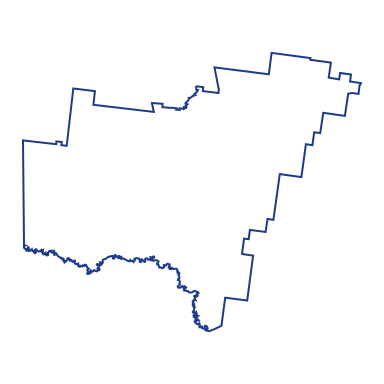 the district of Wentworth, New South Wales, Australia
{"feature_id": "25037944B48452017149194", "entity_name": "Wentworth", "entity_type": "district", "adm_level": 2, "iso_a3": "AUS", "parent_name": "Australia", "parent_adm1": "New South Wales", "projection": "orthographic", "projection_center": [141.921, -33.671], "detail": "fine", "context": "isolated", "style": "outline", "palette": "blue", "viewbox_px": 384, "rotation_deg": 0, "n_neighbors": 0, "source": "geoboundaries", "source_scale": "gbopen_adm2", "svg_char_len": 5913}
<svg xmlns="http://www.w3.org/2000/svg" viewBox="0 0 384 384"><path d="M344.9,115.9L348.2,93.7L352.1,93.0L358.5,93.9L359.6,85.3L360.8,83.8L361.0,83.1L350.0,81.5L351.0,74.5L340.1,73.0L339.2,79.4L328.7,77.6L330.9,62.6L310.3,59.8L310.5,58.1L271.6,52.9L268.8,74.3L214.5,67.4L218.7,89.1L218.9,89.2L218.4,93.0L202.8,91.1L203.3,87.2L196.7,86.3L196.1,86.7L196.5,87.2L196.2,87.5L196.4,88.7L196.2,89.7L197.2,89.9L197.2,90.5L197.8,90.3L197.5,91.1L196.4,92.6L195.4,93.0L195.0,94.1L195.3,94.6L194.3,94.4L194.3,95.5L193.5,95.4L193.2,95.9L192.5,96.0L192.0,96.7L190.3,97.8L188.7,97.9L188.8,99.0L188.4,100.4L185.4,103.1L185.6,103.6L187.2,104.2L186.4,104.6L186.5,105.7L185.8,105.4L185.8,106.2L185.3,106.5L186.3,106.8L186.1,107.9L184.4,107.8L183.7,107.3L183.6,107.6L184.4,108.6L183.8,109.0L183.3,108.3L183.0,108.8L179.9,108.3L179.7,110.0L177.0,109.7L177.7,109.3L177.4,108.4L171.5,107.7L170.9,107.9L162.4,107.2L162.6,103.8L151.9,103.0L153.8,111.9L93.4,104.8L94.9,91.1L73.3,88.5L66.7,145.8L61.4,145.2L61.7,142.0L56.4,141.4L56.1,144.2L23.0,140.4L24.0,245.2L25.2,245.5L24.2,245.9L23.9,247.7L24.9,248.6L25.8,248.9L26.0,250.2L26.8,250.8L27.2,250.4L26.7,249.5L27.7,248.8L27.7,247.4L28.2,247.2L29.2,248.3L28.6,249.5L29.0,251.0L29.9,251.0L30.3,250.4L31.4,250.0L31.9,249.3L32.3,250.7L32.7,251.2L34.4,251.1L34.5,251.5L34.1,252.4L34.9,253.3L35.6,253.0L35.9,252.3L35.7,250.8L34.6,250.3L35.5,249.3L36.4,249.4L37.1,250.9L38.8,251.5L39.8,251.2L40.9,250.3L40.9,251.0L41.6,251.2L41.9,250.2L42.9,249.9L42.6,250.6L42.9,251.3L41.7,251.9L42.0,252.2L42.9,252.0L43.0,254.0L43.6,254.4L44.5,254.2L45.2,252.9L45.6,252.7L45.6,253.9L46.1,254.9L46.9,255.5L48.0,255.1L48.0,254.3L47.2,253.6L47.8,253.4L47.9,252.8L48.7,252.5L49.0,251.5L49.5,250.9L50.1,250.8L50.7,251.5L51.5,250.9L51.5,252.0L52.3,252.7L53.3,252.2L53.5,251.2L54.0,250.8L54.7,252.6L54.0,253.9L54.1,254.7L54.7,254.9L55.3,253.5L56.2,253.3L57.4,255.4L59.3,257.2L61.1,257.7L61.1,258.4L61.4,258.7L63.5,258.5L63.6,259.1L63.0,260.4L63.4,260.7L64.2,260.4L64.6,260.7L64.2,261.6L64.5,262.5L65.3,262.0L65.5,261.2L67.1,260.3L67.4,258.4L68.7,258.2L69.2,258.5L69.4,259.8L69.9,260.7L70.3,260.6L70.0,259.6L71.5,259.9L72.4,261.8L72.9,261.7L74.3,260.7L74.9,260.7L75.1,261.4L74.6,262.9L74.8,263.5L76.0,264.2L78.1,263.5L78.0,265.6L79.4,266.8L80.0,266.7L80.1,265.7L82.1,266.4L82.6,266.1L82.8,265.4L84.2,266.1L84.6,265.8L84.8,264.8L86.0,264.9L87.7,268.2L88.7,268.7L87.2,270.2L87.3,270.7L88.7,272.1L88.5,272.6L87.2,273.2L87.2,273.7L87.7,274.1L90.6,273.2L90.9,272.3L90.2,270.9L90.6,270.3L91.1,270.5L91.9,271.6L92.4,271.7L93.4,271.2L93.9,270.2L94.8,270.3L95.5,271.0L96.9,271.4L97.4,270.9L97.6,269.6L98.4,270.3L99.3,270.2L99.6,269.7L99.5,269.1L98.0,268.8L97.5,268.1L98.0,267.4L99.2,266.8L99.2,265.8L98.8,264.9L97.3,265.1L96.9,264.8L96.8,264.3L97.3,264.1L98.3,264.7L99.4,263.9L100.4,265.0L101.2,264.9L101.5,264.6L101.5,263.9L100.3,262.3L100.8,262.3L101.5,263.3L102.4,263.3L102.9,262.5L102.6,260.9L102.9,259.7L105.7,258.9L108.5,256.6L109.9,256.8L110.7,256.2L112.4,255.9L112.7,256.2L112.9,258.3L113.7,258.7L115.1,257.2L114.5,255.5L115.3,255.0L117.1,256.9L117.9,256.8L118.6,255.9L119.1,256.0L119.0,256.5L117.9,257.3L118.0,257.9L118.5,258.2L119.2,258.1L121.1,256.7L121.3,257.0L120.7,258.5L121.0,258.9L121.4,258.9L122.2,258.2L122.7,258.7L124.0,258.7L124.7,259.4L125.8,259.6L127.0,260.6L129.0,261.3L130.2,260.1L130.5,261.1L132.3,260.7L133.4,262.0L134.0,261.0L135.0,260.1L134.5,258.6L136.8,258.1L138.0,258.7L139.2,258.6L140.1,260.3L139.6,261.6L140.6,262.2L141.2,261.7L141.3,259.7L142.0,259.3L144.2,261.8L145.2,261.8L145.4,261.4L145.0,260.3L145.1,259.4L145.5,258.6L146.1,258.3L147.0,258.3L148.0,259.6L148.7,259.2L150.5,260.2L151.7,260.2L152.0,259.7L150.9,258.9L150.5,257.2L152.2,257.4L153.6,256.4L154.1,256.9L154.2,257.3L153.2,258.1L152.5,259.3L152.6,260.3L153.5,260.9L155.0,260.2L156.7,260.3L158.3,261.1L158.5,262.2L158.1,262.8L157.2,263.1L157.0,264.0L157.3,264.5L158.6,265.1L159.2,267.5L160.5,267.3L162.0,268.1L163.8,267.7L164.1,267.3L163.7,265.7L163.9,265.0L166.1,265.5L166.8,264.1L167.5,263.8L169.7,264.4L168.8,267.2L169.7,267.2L169.3,268.0L169.6,268.9L171.2,269.1L171.5,268.0L171.9,267.9L173.7,269.0L176.3,268.7L177.4,270.0L177.2,270.8L177.5,272.8L178.1,272.8L178.4,272.1L179.4,273.3L179.3,274.0L178.3,275.1L179.3,276.5L179.3,278.5L178.2,279.0L177.9,280.0L179.2,280.4L180.0,281.7L179.4,283.2L179.9,284.1L179.8,284.7L177.8,286.3L177.8,287.1L178.3,287.7L180.4,287.6L182.2,286.0L183.0,287.3L184.6,286.2L186.2,287.5L185.9,287.8L184.8,287.6L184.3,288.3L183.8,289.7L184.3,290.7L185.6,290.2L186.5,291.1L188.3,291.2L189.0,292.3L190.1,292.6L192.2,292.3L194.0,291.0L194.7,290.8L195.4,291.5L196.2,291.4L198.2,292.3L198.4,293.3L197.3,293.2L196.8,293.9L197.0,295.1L197.7,295.8L197.5,296.1L196.9,296.4L195.2,295.5L194.2,296.1L194.5,296.5L195.6,296.2L196.0,296.5L195.9,296.9L194.7,297.4L195.1,299.3L195.5,300.0L194.2,299.7L192.6,301.3L192.7,301.7L193.3,301.9L192.8,302.5L192.8,303.0L193.8,303.6L192.8,304.7L192.7,305.2L193.0,305.4L194.3,305.3L194.2,306.0L193.7,306.6L194.7,307.2L193.8,307.9L194.3,309.0L193.8,310.8L192.9,311.5L192.8,312.3L193.2,312.7L194.2,312.3L195.2,312.7L196.1,311.9L196.7,313.6L195.5,313.5L195.2,314.0L194.2,314.6L193.6,315.6L193.6,316.7L194.9,317.5L195.2,316.3L195.9,315.6L198.0,316.0L197.0,316.8L196.7,317.7L195.5,319.2L196.2,319.9L197.8,319.4L198.6,320.3L194.9,320.9L194.6,321.6L195.2,322.2L195.9,321.8L195.7,323.1L196.9,323.8L197.4,324.4L198.6,324.0L199.3,323.2L199.4,324.2L199.9,325.0L199.4,326.3L199.5,327.2L200.1,327.4L201.8,326.4L202.2,327.0L202.3,328.3L204.2,328.4L205.0,329.7L205.6,329.7L205.9,329.3L205.0,328.0L204.7,326.0L205.3,325.7L206.7,326.3L207.2,326.9L207.6,328.6L206.8,329.5L205.9,329.9L206.0,330.5L209.4,331.1L214.5,329.1L221.4,325.8L225.2,297.7L247.2,300.5L253.1,255.6L242.0,254.0L244.1,238.6L248.7,239.2L249.9,229.9L265.6,232.0L267.5,219.0L273.4,219.8L279.8,174.1L301.4,177.1L305.9,144.2L312.4,145.2L314.2,132.3L320.2,133.1L323.3,112.8L344.9,115.9Z" fill="none" stroke="#1e3a8a" stroke-width="2"/></svg>